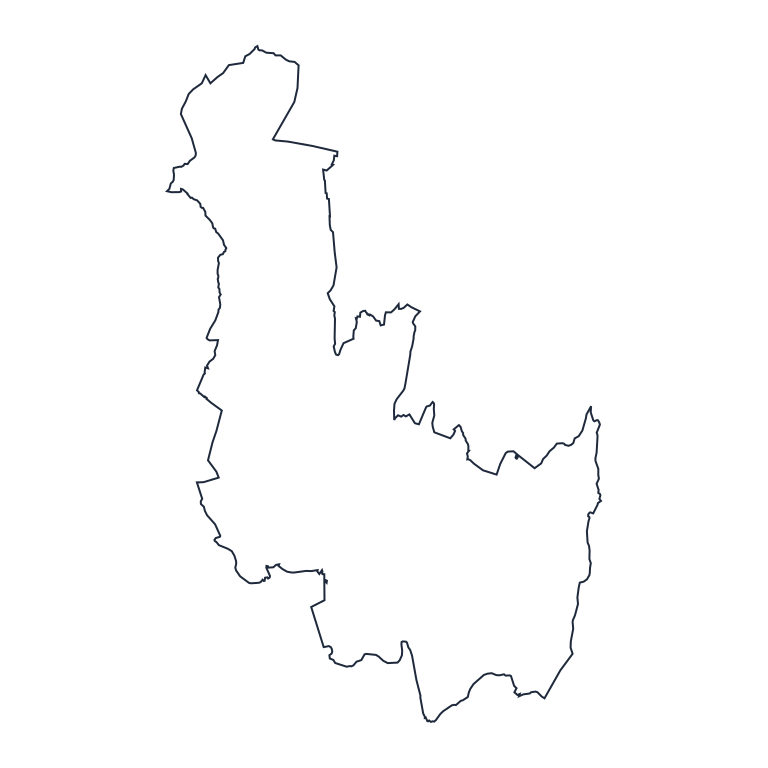 the district of Omitlán de Juárez, Hidalgo, Mexico
{"feature_id": "50627088B94550034799576", "entity_name": "Omitlán de Juárez", "entity_type": "district", "adm_level": 2, "iso_a3": "MEX", "parent_name": "Mexico", "parent_adm1": "Hidalgo", "projection": "equal_earth", "projection_center": [-98.622, 20.184], "detail": "fine", "context": "isolated", "style": "outline", "palette": "slate", "viewbox_px": 768, "rotation_deg": 0, "n_neighbors": 0, "source": "geoboundaries", "source_scale": "gbopen_adm2", "svg_char_len": 6100}
<svg xmlns="http://www.w3.org/2000/svg" viewBox="0 0 768 768"><path d="M205.6,75.1L201.8,83.3L193.2,89.3L188.7,94.0L185.8,101.4L181.9,108.7L180.9,114.1L191.7,138.2L195.9,153.0L195.6,155.5L194.5,157.4L189.9,160.8L187.6,164.1L184.7,163.8L183.4,165.6L181.4,166.8L179.6,166.7L173.8,168.0L173.3,170.6L174.0,174.6L173.7,179.8L172.9,181.6L170.8,183.5L169.4,188.8L167.0,191.2L171.4,192.2L179.1,192.1L181.1,191.5L181.0,188.9L182.8,189.4L187.5,193.5L187.3,193.9L190.6,197.9L191.9,197.6L193.7,199.2L197.2,200.4L200.3,203.9L200.6,206.8L201.9,207.9L203.1,207.9L205.3,211.9L205.5,215.6L209.7,219.8L212.3,223.3L213.1,227.4L213.7,228.3L215.2,228.7L216.2,232.0L218.2,233.6L223.0,240.3L224.0,244.8L226.3,248.1L225.5,249.6L225.3,251.2L224.0,251.9L222.8,254.2L220.3,254.8L218.0,257.7L218.1,260.9L218.9,263.1L217.6,270.0L217.6,273.9L218.3,275.4L218.3,277.6L217.7,279.0L218.4,282.8L218.9,283.5L218.3,287.5L219.4,289.0L219.6,292.6L220.7,294.5L219.0,297.1L220.3,304.5L219.9,307.9L218.5,309.7L218.4,312.0L215.3,320.4L210.1,328.9L206.6,337.9L207.3,339.0L209.5,340.4L218.0,340.1L217.0,345.4L214.6,351.2L215.3,355.1L213.2,358.8L209.5,361.6L207.0,365.6L208.0,368.3L205.3,367.5L204.6,372.4L204.9,373.5L203.7,374.4L197.0,390.3L198.8,392.1L198.9,393.2L200.3,393.5L204.3,397.1L204.8,396.5L206.8,398.1L206.4,398.8L211.3,402.9L221.8,410.5L216.4,431.0L212.5,442.4L208.0,460.3L216.4,471.7L218.7,477.6L203.4,482.2L196.9,482.4L202.2,498.8L200.8,501.3L200.9,504.0L203.9,506.8L204.9,510.9L207.1,515.3L215.1,524.3L220.3,535.9L219.9,536.8L215.8,538.0L214.4,540.0L215.1,541.3L216.4,542.0L218.8,545.1L227.9,548.8L231.8,551.2L234.4,555.7L236.1,561.2L236.2,563.8L235.3,567.6L236.0,570.3L240.1,576.3L249.0,582.9L250.9,583.3L258.7,582.8L260.5,582.2L262.6,579.7L263.8,581.0L264.6,580.8L265.1,577.7L267.4,577.4L268.1,578.5L269.6,577.6L270.0,576.0L266.3,567.7L266.5,565.9L267.9,566.2L268.5,567.6L273.3,567.3L276.0,564.9L279.1,564.3L278.5,565.9L282.7,569.2L287.1,571.7L290.9,572.4L293.6,572.6L306.2,570.9L311.2,571.1L317.6,570.1L317.3,571.4L319.3,574.0L322.0,570.1L322.4,571.4L322.1,573.6L322.6,574.2L324.3,574.2L324.3,579.5L326.9,580.7L326.6,582.8L324.3,580.5L324.5,600.2L311.2,607.0L323.7,647.1L328.9,646.1L330.7,647.1L331.7,648.7L332.3,651.6L331.6,653.6L329.4,655.2L329.8,658.5L333.3,659.9L335.2,663.0L346.6,666.7L349.7,666.1L351.3,666.3L353.4,665.4L356.5,661.7L361.3,660.1L364.6,654.3L366.4,653.9L376.0,654.9L378.7,656.6L383.3,660.8L387.7,663.1L397.5,662.6L399.6,660.4L401.9,655.4L402.2,650.9L401.4,644.1L401.6,642.0L402.7,641.4L406.1,641.7L407.0,642.7L408.3,647.3L410.2,650.0L412.1,655.9L416.4,679.9L420.5,695.9L420.3,697.4L423.2,713.5L424.8,716.7L424.8,717.9L425.7,717.5L427.4,721.2L428.1,721.3L429.1,720.5L430.9,721.9L432.7,721.3L434.1,721.6L435.9,720.1L440.3,714.0L443.3,711.1L451.9,705.3L454.3,704.8L455.9,705.1L460.8,700.8L462.8,700.3L467.8,697.0L468.9,692.2L470.4,688.7L473.5,684.1L483.8,675.0L487.4,673.7L491.7,673.2L496.3,675.1L499.5,675.3L504.0,674.3L505.5,675.6L509.9,675.4L511.0,676.1L514.1,685.8L516.5,688.2L514.4,692.3L517.5,695.0L519.7,694.0L519.0,696.3L523.2,694.4L529.7,693.5L531.2,692.2L535.6,691.6L537.4,692.2L541.8,696.6L544.5,698.3L560.3,670.4L572.6,653.8L570.6,647.7L570.8,641.4L573.2,628.8L572.6,622.1L572.9,620.1L574.9,615.6L578.0,604.0L577.4,597.5L578.7,587.6L579.8,582.6L583.6,581.7L587.0,579.3L589.4,575.1L589.8,572.8L590.0,568.0L590.8,563.1L589.4,559.1L589.6,550.4L589.0,545.8L587.6,542.6L586.9,531.2L588.5,521.3L589.5,518.0L589.3,517.0L588.2,516.3L588.2,514.5L589.6,512.6L590.5,512.4L593.2,513.4L597.5,504.9L597.9,503.1L601.0,500.9L599.4,499.0L600.4,495.2L599.9,493.9L598.3,492.9L598.6,489.9L596.6,483.8L598.9,478.7L598.3,475.1L598.3,468.8L595.5,461.0L595.4,458.4L596.6,452.7L597.5,437.1L597.5,435.3L596.7,432.7L599.9,424.7L599.4,422.8L598.0,420.3L597.0,420.1L594.4,421.3L593.3,420.3L590.7,412.3L591.1,406.2L586.5,414.5L585.8,418.6L582.4,430.5L578.7,436.2L574.7,438.4L573.3,443.0L571.2,444.8L568.5,445.8L565.0,444.9L564.2,443.8L562.4,443.2L556.8,443.6L553.9,447.6L549.6,451.2L546.7,455.6L543.1,459.0L541.2,463.4L534.6,468.2L518.0,455.1L517.6,457.6L516.8,458.7L516.2,458.5L515.5,457.6L516.7,454.0L513.5,451.3L507.8,451.6L505.7,453.1L500.2,464.0L496.6,474.6L483.0,470.3L474.1,463.8L470.3,460.2L468.3,459.2L467.3,459.4L467.8,456.6L467.0,453.4L468.9,450.9L468.3,450.9L468.4,446.2L467.9,444.1L465.7,440.5L465.6,438.7L463.2,435.1L463.1,433.0L461.9,431.3L460.5,426.7L458.9,425.1L453.7,429.4L455.1,430.9L453.5,434.5L450.3,438.3L434.3,432.3L432.7,426.6L432.3,422.8L434.3,415.4L433.8,408.9L434.1,404.2L433.6,402.9L432.6,402.0L429.9,405.6L426.9,406.4L426.1,407.2L418.9,424.3L414.9,423.2L409.4,414.4L405.9,416.4L403.5,415.0L401.2,416.6L398.0,415.3L395.1,418.2L394.2,420.0L394.0,410.5L394.5,403.8L396.6,399.3L403.4,390.5L404.5,388.3L405.4,383.8L410.3,354.5L410.4,351.7L412.1,346.5L413.6,338.7L413.6,336.4L414.5,331.9L415.2,330.4L415.3,326.4L413.1,323.3L412.7,322.1L415.3,316.3L420.0,311.4L411.2,307.1L407.4,304.5L403.6,307.9L401.1,308.9L398.9,308.9L398.6,304.2L394.4,309.4L391.0,312.4L385.9,312.3L385.0,315.3L384.0,324.6L380.7,325.4L379.3,321.1L376.1,320.6L373.1,316.4L370.2,314.6L369.4,314.5L369.3,315.3L367.4,314.4L367.6,313.9L365.7,311.9L365.3,310.8L363.1,311.0L360.4,312.6L359.9,316.8L357.4,316.4L356.8,318.6L355.9,318.3L356.8,321.9L356.6,323.4L355.7,328.3L353.8,330.4L353.3,336.9L353.6,338.7L343.5,343.2L340.5,349.8L339.1,354.2L337.9,355.2L336.0,354.5L334.9,351.9L333.7,346.4L335.1,343.8L334.6,338.2L335.0,318.7L334.3,315.3L334.8,312.1L333.6,310.9L334.4,306.3L329.8,299.2L327.7,293.2L330.5,290.5L333.5,285.4L336.6,267.4L334.7,252.3L333.0,232.2L330.7,229.8L329.8,225.0L329.5,216.3L330.0,216.4L328.9,199.0L327.1,198.6L326.7,193.3L325.6,193.0L324.9,180.7L324.2,179.7L323.1,169.6L326.7,170.5L333.1,164.8L331.8,164.4L333.8,160.4L334.3,155.7L337.1,156.2L337.4,151.7L312.1,145.9L288.0,141.6L275.1,140.4L272.9,139.3L294.3,102.0L297.5,88.0L298.6,65.3L294.6,61.9L289.2,61.3L285.8,59.6L280.7,55.4L275.5,55.4L273.6,53.2L266.3,52.7L262.1,50.4L259.4,50.3L258.3,49.5L257.4,46.1L255.1,47.5L254.6,49.0L249.6,54.0L245.3,56.3L243.2,62.9L228.9,65.1L223.1,73.1L217.4,77.1L210.4,83.3L205.6,75.1Z" fill="none" stroke="#1e293b" stroke-width="2"/></svg>